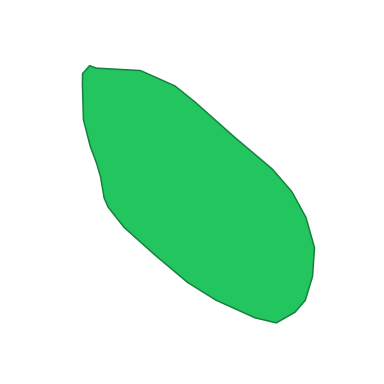 Piherech, Federated States of Micronesia (Mercator projection), rotated 21°
{"feature_id": "79324940B4028665083072", "entity_name": "Piherech", "entity_type": "district", "adm_level": 2, "iso_a3": "FSM", "parent_name": "Federated States of Micronesia", "parent_adm1": "", "projection": "mercator", "projection_center": [150.419, 8.57], "detail": "fine", "context": "isolated", "style": "filled", "palette": "green", "viewbox_px": 384, "rotation_deg": 21, "n_neighbors": 0, "source": "geoboundaries", "source_scale": "gbopen_adm2", "svg_char_len": 497}
<svg xmlns="http://www.w3.org/2000/svg" viewBox="0 0 384 384"><g transform="rotate(21 192 192)"><path d="M258.7,141.8L212.1,125.6L163.3,107.2L138.1,99.1L100.3,97.1L58.3,110.6L51.2,110.7L47.4,120.6L50.8,130.0L64.7,163.4L80.7,185.9L92.8,199.6L101.1,210.5L112.2,229.2L119.3,236.3L141.3,249.4L179.7,264.0L220.2,278.0L253.1,284.4L295.8,286.9L317.6,284.0L331.2,267.4L336.6,252.5L334.8,227.7L326.4,200.2L307.6,175.0L285.1,155.9L258.7,141.8Z" fill="#22c55e" stroke="#15803d" stroke-width="1.5"/></g></svg>